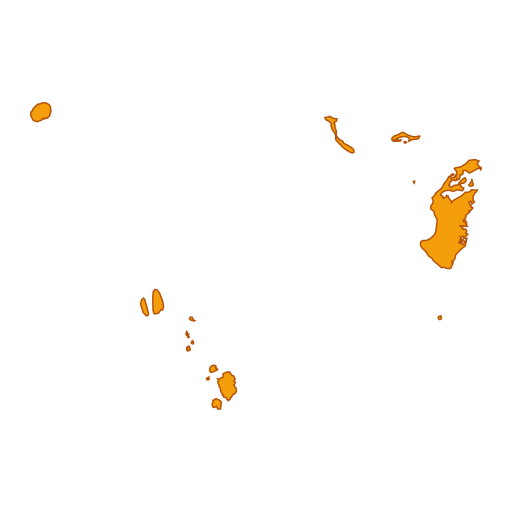 the district of Kamaran, Al Hudaydah, Yemen
{"feature_id": "15242507B40747525321849", "entity_name": "Kamaran", "entity_type": "district", "adm_level": 2, "iso_a3": "YEM", "parent_name": "Yemen", "parent_adm1": "Al Hudaydah", "projection": "albers", "projection_center": [42.46, 15.285], "detail": "fine", "context": "isolated", "style": "filled", "palette": "amber", "viewbox_px": 512, "rotation_deg": 0, "n_neighbors": 0, "source": "geoboundaries", "source_scale": "gbopen_adm2", "svg_char_len": 6118}
<svg xmlns="http://www.w3.org/2000/svg" viewBox="0 0 512 512"><path d="M475.7,159.6L469.0,160.3L466.3,163.3L461.1,166.8L454.8,168.0L454.3,168.6L456.1,170.8L456.7,172.2L456.3,174.5L455.2,175.8L455.9,175.8L457.0,173.7L456.4,176.0L455.4,176.9L451.1,178.4L450.5,177.0L451.2,176.1L453.2,175.1L453.3,174.5L454.4,174.4L453.1,173.9L451.9,174.2L450.1,176.1L448.7,176.8L447.0,180.0L443.9,183.8L441.9,188.0L435.9,192.9L434.2,195.8L432.0,198.0L433.3,201.1L432.4,204.1L430.9,205.8L430.7,208.9L433.8,211.3L434.4,212.4L434.3,214.3L437.3,220.0L435.8,231.3L434.5,234.6L430.5,238.5L426.6,240.4L422.5,240.6L421.1,241.5L420.5,242.6L420.5,244.8L421.7,247.7L425.5,251.2L428.4,255.6L430.6,257.5L431.6,257.7L433.3,260.5L441.5,267.7L443.5,267.3L448.2,268.6L449.9,268.6L451.0,267.8L452.9,263.4L453.1,261.2L452.9,261.9L452.6,261.6L452.4,263.1L451.9,263.0L451.7,262.0L454.6,259.4L455.9,254.6L460.6,249.6L465.2,246.0L466.9,238.3L465.8,238.6L466.3,238.9L466.2,239.8L465.0,241.0L463.5,244.5L461.9,244.4L461.3,243.3L462.9,241.3L463.2,240.0L462.7,239.7L462.6,240.3L461.3,241.5L461.3,242.2L459.9,243.1L459.0,242.7L459.7,241.4L459.4,240.7L460.1,239.6L460.6,239.7L460.5,240.2L461.8,238.8L460.5,239.3L461.2,237.9L460.6,237.1L461.5,237.5L462.6,236.1L464.4,236.9L463.4,238.9L467.8,234.2L466.2,233.8L465.8,233.2L466.7,231.2L465.8,229.2L463.1,229.3L462.9,228.7L463.3,228.6L461.8,227.5L461.6,226.8L460.4,226.2L460.0,226.9L460.2,226.4L460.5,226.1L459.5,225.8L460.5,225.7L461.6,226.7L462.6,225.6L463.1,226.2L463.4,225.7L465.7,226.5L467.1,226.2L466.5,225.8L466.8,225.0L466.2,224.7L466.6,222.9L465.9,223.3L465.3,222.7L465.9,221.0L464.1,220.5L463.5,221.4L463.2,220.3L464.3,220.4L464.5,219.3L465.6,218.7L465.2,217.6L466.1,216.2L465.8,215.9L466.1,215.2L469.8,211.9L469.0,211.2L469.2,210.7L471.1,210.2L472.8,208.1L472.6,207.5L471.1,207.3L471.1,205.1L469.7,204.7L468.9,201.9L470.9,201.2L471.4,203.3L472.4,203.1L472.5,203.6L474.5,201.7L472.8,200.1L473.3,198.1L472.9,196.8L474.8,193.1L476.5,191.7L477.2,189.9L475.7,190.3L471.5,189.7L470.6,191.1L467.8,192.3L465.3,192.3L461.9,195.6L453.9,200.1L451.0,203.4L451.9,201.4L450.5,200.3L448.2,197.3L448.4,196.2L446.7,195.4L446.2,196.9L443.3,198.1L442.9,196.3L440.7,195.2L440.6,194.4L442.3,192.3L446.2,190.4L449.1,190.3L453.3,191.3L457.3,189.8L462.4,190.7L463.5,189.2L463.7,187.8L461.7,187.4L460.1,184.4L460.9,183.5L463.6,183.2L465.6,181.5L466.1,179.7L465.2,177.9L464.0,178.2L460.7,180.8L458.5,183.9L458.5,184.8L453.7,185.5L451.2,187.6L448.7,185.2L449.5,184.5L449.8,182.0L450.8,181.7L450.6,181.4L451.9,180.1L453.0,180.4L454.3,179.8L454.8,180.7L457.5,180.0L456.4,177.9L457.4,178.9L459.2,179.1L460.0,177.2L459.8,175.9L460.3,175.6L460.3,174.7L461.8,174.8L463.0,173.8L463.2,170.5L466.0,170.6L469.0,172.9L469.8,172.9L478.4,168.2L480.2,168.6L480.7,169.7L481.3,168.9L481.0,167.4L479.7,167.2L477.4,164.1L477.6,162.9L479.0,161.0L478.1,161.0L475.7,159.6ZM235.1,379.2L233.9,376.3L231.6,374.9L229.8,372.1L227.3,371.9L223.1,373.6L223.1,376.9L222.5,377.5L221.3,377.6L218.9,379.3L217.6,379.0L218.5,380.3L217.8,381.7L217.9,383.0L218.8,384.4L219.4,387.2L220.1,387.7L220.9,391.6L222.6,394.3L222.4,395.0L223.4,395.0L223.3,396.2L224.1,397.4L226.2,397.6L227.1,399.6L227.8,400.2L228.4,400.0L228.5,400.6L230.3,398.9L230.5,397.8L231.3,397.4L233.3,394.0L234.6,393.9L236.4,391.6L236.0,387.9L234.6,386.6L233.9,385.1L234.9,383.9L235.2,381.9L233.7,381.1L234.6,379.3L235.1,379.2ZM45.8,102.8L41.8,103.0L39.8,104.1L39.0,103.9L37.3,104.6L33.2,108.6L32.8,110.2L31.1,111.9L30.7,113.3L31.1,116.5L32.9,119.8L34.6,121.0L37.7,121.7L39.6,120.6L41.1,120.4L41.9,119.8L42.0,118.9L43.5,119.0L43.4,118.5L44.3,118.8L45.1,118.1L45.6,118.6L46.4,118.3L47.9,117.7L48.6,116.4L49.5,116.2L51.0,110.8L50.6,110.6L50.5,106.8L48.9,104.5L45.8,102.8ZM163.6,306.3L162.5,300.6L159.4,292.8L156.9,289.8L154.8,289.5L153.2,291.8L152.8,297.4L153.0,309.7L153.7,313.1L154.6,313.9L158.3,313.3L161.2,309.5L162.7,310.0L163.6,306.3ZM333.9,118.6L329.5,116.3L327.3,117.3L324.9,117.5L325.7,119.6L329.5,121.6L331.2,123.7L331.1,125.8L332.3,129.8L334.7,133.0L335.8,136.2L335.6,138.9L336.0,140.1L343.0,147.4L347.1,150.5L351.2,152.7L352.6,152.9L353.9,152.4L354.0,150.5L352.9,148.7L347.4,145.0L345.2,144.1L343.6,142.9L342.7,141.2L339.7,139.8L338.8,138.4L338.3,138.6L337.2,137.6L337.1,136.5L336.4,136.3L336.3,130.8L335.1,128.2L334.8,124.1L333.9,123.2L334.1,122.3L336.4,121.2L336.9,118.7L333.9,118.6ZM407.2,134.8L403.8,132.6L402.0,132.4L398.3,134.6L394.5,135.9L392.1,137.8L391.9,139.6L392.6,140.8L393.7,141.2L400.1,141.1L401.0,139.9L398.2,140.2L397.2,139.6L396.3,140.4L394.4,140.5L394.1,140.1L400.3,137.1L404.5,136.4L406.6,136.8L409.1,138.1L409.4,139.2L408.7,141.2L411.4,139.8L417.9,138.8L418.9,138.1L419.2,136.6L420.3,135.7L419.2,136.2L414.2,136.8L412.0,136.5L407.2,134.8ZM147.7,315.6L148.6,313.7L144.7,299.3L143.4,298.1L141.7,299.8L140.5,303.9L143.3,312.7L146.3,315.7L147.7,315.6ZM219.6,400.2L216.0,398.7L214.3,399.4L213.6,400.6L213.0,400.5L213.3,401.0L212.0,404.5L213.1,407.2L214.1,407.6L216.3,406.4L216.8,406.5L217.5,408.7L219.1,409.2L220.4,408.9L221.0,405.8L220.5,404.4L221.3,403.5L221.1,401.7L219.6,400.2ZM216.1,368.9L215.3,367.3L216.1,367.0L216.0,366.3L215.2,365.4L214.3,365.3L212.2,365.6L210.3,367.1L209.5,369.8L210.3,372.1L211.0,372.5L216.7,370.4L217.6,369.3L216.7,368.6L216.1,368.9ZM472.5,186.0L473.3,184.8L471.7,178.8L471.8,181.1L468.8,185.0L469.5,186.1L472.5,186.0ZM189.4,346.4L188.6,346.1L187.6,346.6L187.5,348.0L187.1,347.3L186.7,347.8L186.9,350.3L188.0,351.1L190.3,349.8L189.4,346.4ZM190.2,317.2L189.4,318.9L190.7,320.0L193.8,321.0L194.8,320.7L193.4,319.9L192.2,317.3L190.2,317.2ZM440.6,319.4L441.5,318.3L440.8,315.8L438.7,316.6L438.1,317.9L439.2,319.5L440.6,319.4ZM188.6,334.0L187.0,333.0L187.2,332.1L186.7,331.6L185.9,333.7L186.7,335.4L187.6,335.8L187.5,336.7L188.1,337.6L189.2,337.2L187.8,334.7L187.9,334.2L188.6,334.0ZM193.4,343.7L193.6,341.9L192.9,341.6L192.6,340.7L191.9,341.2L191.3,343.0L192.4,343.9L193.4,343.7ZM208.7,377.2L206.5,378.3L207.1,379.9L209.0,379.6L209.2,378.8L208.0,378.7L208.7,377.2ZM406.3,142.0L404.3,141.6L404.0,142.4L404.9,143.1L406.0,142.8L406.3,142.0ZM414.2,183.1L414.7,181.2L413.5,181.2L413.4,181.9L414.2,183.1Z" fill="#f59e0b" stroke="#b45309" stroke-width="1.5"/></svg>